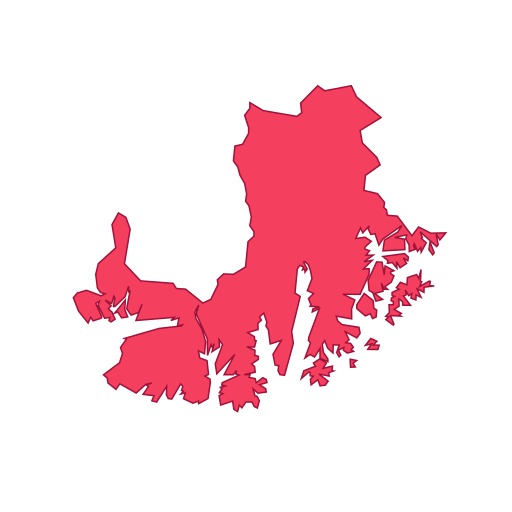 outline of Finnmark, rotated 159°
{"feature_id": "NOR-1062", "entity_name": "Finnmark", "entity_type": "County", "adm_level": 1, "iso_a3": "NOR", "parent_name": "Norway", "parent_adm1": "", "projection": "orthographic", "projection_center": [25.614, 69.86], "detail": "fine", "context": "isolated", "style": "filled", "palette": "rose", "viewbox_px": 512, "rotation_deg": 159, "n_neighbors": 0, "source": "natural_earth", "source_scale": "10m", "svg_char_len": 6162}
<svg xmlns="http://www.w3.org/2000/svg" viewBox="0 0 512 512"><g transform="rotate(159 256 256)"><path d="M369.0,345.5L363.6,338.7L363.9,326.1L381.6,295.9L372.6,274.1L343.2,260.2L342.0,254.2L333.6,250.3L322.5,231.1L313.7,231.7L301.5,243.2L300.7,247.6L292.7,250.9L283.6,247.0L269.7,249.5L258.3,272.2L250.9,275.2L249.2,279.3L250.9,286.6L246.4,294.0L244.6,305.5L246.1,310.8L242.5,317.3L240.6,327.8L242.0,337.1L241.1,345.5L243.0,352.9L236.3,366.2L228.5,365.1L219.1,373.0L216.9,378.4L216.2,391.4L208.8,396.1L206.8,401.4L197.1,389.1L167.8,371.7L162.0,373.4L159.6,382.7L137.4,392.8L132.6,385.6L106.0,380.8L105.1,368.5L89.6,340.4L113.8,335.9L116.2,323.5L107.9,304.8L107.5,296.5L124.9,292.1L131.7,278.5L120.2,270.6L116.8,259.9L119.3,255.5L117.7,252.4L118.7,246.9L109.8,242.6L103.2,219.1L93.8,224.8L84.7,214.7L70.5,209.6L78.6,205.1L80.0,212.1L81.8,201.4L83.9,200.0L94.1,219.8L94.0,213.7L95.3,213.0L92.3,207.4L100.4,200.4L99.2,204.8L103.5,202.4L103.8,210.8L105.3,209.4L105.1,205.2L111.3,205.2L109.1,211.5L110.0,218.5L107.8,221.4L109.2,222.0L119.9,223.6L111.3,218.5L114.7,208.6L135.7,215.3L130.4,224.8L115.0,227.5L109.0,232.2L131.5,226.4L137.4,222.1L136.9,234.2L141.0,234.9L141.6,241.4L139.4,243.6L148.0,239.3L148.4,244.7L156.6,236.6L147.5,234.5L143.1,228.4L151.0,225.3L151.9,223.4L148.1,220.2L152.9,217.3L146.2,214.8L157.2,212.0L149.0,210.3L160.5,205.4L154.9,203.6L157.0,198.4L172.6,182.9L188.5,189.2L179.5,179.5L185.7,172.4L189.2,163.0L202.7,171.1L202.9,166.1L200.4,161.2L185.4,152.5L186.5,146.5L191.2,143.4L199.8,153.3L199.1,144.4L203.2,142.9L199.0,140.5L197.8,135.9L200.8,134.4L199.1,132.0L205.5,132.6L208.2,136.8L206.8,139.1L212.8,138.5L212.3,133.1L214.6,132.1L215.3,137.0L210.2,143.0L215.7,145.4L218.9,137.9L222.1,144.3L222.2,152.3L225.7,149.9L227.6,141.9L225.8,134.3L226.7,131.7L232.9,137.6L229.4,146.7L237.5,140.7L240.9,144.7L246.9,143.2L236.3,155.3L237.3,158.5L235.9,161.1L215.6,184.3L223.5,183.6L221.9,186.2L215.1,185.9L223.5,189.7L222.2,190.6L222.3,197.4L215.7,200.4L220.5,205.2L211.8,214.9L210.4,222.9L210.2,229.0L212.5,233.3L213.8,233.3L212.9,225.5L216.0,223.3L215.2,226.4L217.6,226.4L215.5,228.7L218.4,231.5L222.0,229.2L232.9,207.4L229.2,202.4L249.7,172.9L252.5,161.0L272.1,134.4L276.2,136.7L276.5,141.1L274.1,145.5L277.2,147.3L275.4,158.1L262.6,168.1L274.3,168.8L270.9,182.6L271.8,187.1L269.6,190.3L269.2,199.9L274.5,197.9L273.9,194.2L278.3,192.5L280.4,186.6L291.2,187.5L286.4,181.2L287.4,177.7L286.2,176.9L290.0,171.5L297.0,174.5L290.7,168.4L292.7,163.8L289.8,161.5L290.8,158.6L298.8,156.8L296.9,153.3L298.4,147.8L309.6,149.5L304.1,147.4L306.0,145.1L300.7,141.9L301.2,137.6L293.3,140.0L290.7,137.1L291.1,133.9L298.9,134.6L294.5,128.6L295.2,125.3L303.3,127.2L306.3,132.9L307.1,125.9L305.3,124.7L304.8,119.6L309.2,113.6L311.6,116.1L312.0,121.0L317.7,123.3L323.6,119.3L325.1,122.6L328.9,117.4L331.6,120.7L329.9,128.9L342.4,129.5L340.5,138.9L336.3,139.4L339.2,141.5L335.6,144.0L336.4,146.2L331.4,145.7L334.2,147.8L333.0,149.8L314.5,150.9L317.1,153.1L315.2,156.2L319.7,153.3L328.3,156.6L311.1,171.7L334.8,160.0L332.7,169.9L319.0,185.2L320.5,191.2L322.6,184.3L331.4,182.4L326.3,189.2L329.6,186.2L329.6,189.4L336.9,180.6L331.1,195.9L332.5,223.4L327.0,230.8L333.2,225.6L334.5,219.1L332.7,206.8L333.7,194.0L339.1,183.2L343.7,188.0L345.1,181.0L339.2,175.9L342.8,162.4L346.7,162.2L343.0,157.5L343.9,154.3L351.9,140.1L362.4,138.7L361.8,141.1L367.6,141.2L374.8,148.7L371.1,153.5L375.6,154.1L372.2,155.8L373.8,157.2L371.0,160.5L372.1,163.6L385.9,152.6L389.0,154.3L389.4,158.5L386.1,166.4L401.1,155.2L405.1,158.2L401.3,162.2L411.0,167.3L403.1,172.8L404.8,175.0L398.6,174.7L404.8,175.7L417.0,171.0L428.9,185.5L434.5,181.7L439.7,190.5L438.6,195.3L441.0,199.7L421.6,205.3L415.6,212.8L415.3,219.1L406.8,224.8L408.4,226.2L372.5,223.1L350.6,217.4L349.3,218.1L354.5,218.8L350.1,225.8L358.6,226.3L354.2,228.0L391.2,238.8L379.7,251.8L385.9,245.3L393.8,245.6L395.6,253.1L386.3,268.3L387.6,268.2L385.8,273.6L392.7,264.9L405.9,259.4L407.2,260.0L402.8,267.5L403.1,269.5L407.8,263.3L412.6,268.8L409.1,261.4L412.7,259.6L410.5,255.1L410.2,247.5L414.9,246.4L416.4,248.4L414.5,251.0L419.7,252.2L421.1,266.5L418.6,269.9L422.6,269.1L421.8,254.4L422.9,253.4L431.3,253.8L432.3,258.0L436.8,253.6L441.4,268.2L441.5,282.5L436.1,285.5L426.5,284.7L414.8,274.3L410.5,274.9L414.2,277.5L415.5,283.1L412.2,296.3L406.0,305.3L384.0,313.9L379.2,336.9L369.0,345.5ZM122.3,181.6L112.7,181.1L112.1,176.8L106.8,184.2L111.5,173.4L110.5,172.5L114.3,168.9L103.3,170.5L102.3,169.8L104.7,166.1L100.3,164.2L110.3,166.6L112.2,161.9L117.4,167.6L116.7,158.3L120.5,162.2L122.5,157.7L126.4,161.2L124.2,165.0L127.7,164.3L128.7,170.7L129.8,165.9L132.7,165.9L129.4,154.6L136.7,157.5L135.5,160.8L138.0,164.7L140.4,157.9L146.2,156.7L140.9,150.3L143.5,149.6L142.3,148.0L151.8,152.1L151.6,142.9L152.7,142.4L157.6,150.1L154.0,151.6L156.5,153.2L151.8,155.3L149.3,162.9L145.2,161.3L144.2,164.2L145.9,165.8L144.6,168.2L141.2,168.7L143.1,170.3L142.1,173.2L134.3,173.7L136.3,176.1L130.6,179.7L125.5,175.0L122.3,181.6ZM162.8,183.3L160.1,193.0L145.5,207.3L140.5,205.0L143.0,192.5L139.1,200.5L132.5,192.8L135.7,193.0L136.7,191.4L134.3,188.0L139.1,183.1L146.8,181.1L145.1,177.7L148.3,179.1L148.7,185.7L150.0,177.6L158.6,178.5L153.4,170.1L160.2,170.9L160.1,180.1L162.8,183.3ZM248.1,128.8L257.6,125.4L252.4,131.7L240.0,131.8L240.8,135.5L233.5,137.1L228.5,130.9L233.8,127.1L224.0,125.8L226.1,121.7L224.8,120.9L230.1,121.0L230.6,117.6L239.5,123.2L233.5,113.3L237.6,110.6L242.7,111.8L242.6,118.3L250.7,116.0L249.4,121.5L245.7,123.2L248.4,124.8L247.2,127.8L248.1,128.8ZM175.4,160.9L180.7,170.7L179.6,174.2L168.4,182.3L162.6,172.5L164.7,165.0L162.7,162.2L165.7,156.0L169.6,155.8L170.0,161.2L175.4,160.9ZM134.5,204.4L137.8,210.1L116.5,205.0L114.1,200.3L116.0,197.1L119.0,201.3L118.1,195.1L125.7,193.4L126.9,200.4L128.8,194.0L131.1,201.0L135.9,202.1L134.5,204.4ZM405.1,253.2L408.4,253.3L393.8,261.7L397.7,253.0L397.6,245.1L403.6,246.4L405.1,253.2ZM179.6,132.5L185.9,133.4L178.4,137.9L173.7,133.1L178.4,130.9L172.9,128.6L175.7,125.0L185.2,128.8L179.6,132.5ZM90.6,193.8L92.3,200.0L88.5,206.7L88.5,195.2L90.6,193.8ZM207.6,118.3L205.1,125.9L199.5,122.4L203.8,121.1L203.1,116.8L207.6,118.3Z" fill="#f43f5e" stroke="#9f1239" stroke-width="1.5"/></g></svg>